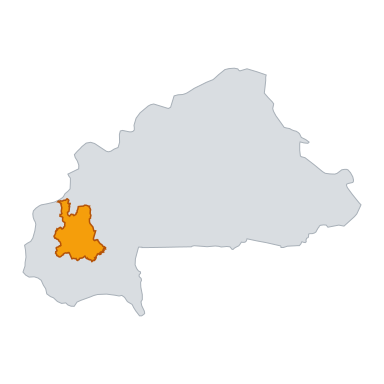 Houet, Houet, Burkina Faso shown in context
{"feature_id": "67063806B93880456931202", "entity_name": "Houet", "entity_type": "district", "adm_level": 2, "iso_a3": "BFA", "parent_name": "Burkina Faso", "parent_adm1": "Houet", "projection": "orthographic", "projection_center": [-4.215, 11.389], "detail": "fine", "context": "in_parent", "style": "filled", "palette": "amber", "viewbox_px": 384, "rotation_deg": 0, "n_neighbors": 0, "source": "geoboundaries", "source_scale": "gbopen_adm2", "svg_char_len": 8259}
<svg xmlns="http://www.w3.org/2000/svg" viewBox="0 0 384 384"><path d="M298.4,245.6L287.4,246.2L283.4,247.5L281.0,247.5L280.9,246.5L280.6,245.9L266.6,242.7L256.9,240.9L247.0,238.8L246.4,240.9L245.0,242.2L242.9,242.4L241.4,242.1L240.4,243.7L238.8,245.8L236.5,246.9L234.3,248.2L233.1,249.4L232.1,249.4L229.9,246.8L226.8,246.5L221.2,247.0L218.7,246.3L215.2,246.0L207.1,246.7L194.1,245.7L191.9,246.3L191.4,246.8L178.5,247.0L164.3,247.3L152.4,247.5L142.0,247.6L142.0,247.2L138.7,247.1L138.3,248.0L135.4,258.9L135.1,264.9L136.7,268.6L138.4,270.9L140.4,271.8L140.6,273.2L139.1,274.9L139.2,276.6L141.1,278.4L141.5,280.3L140.6,282.3L140.8,287.1L142.3,294.7L142.3,299.6L141.0,301.8L141.7,305.6L144.3,311.1L144.7,313.3L143.8,314.4L141.7,315.8L139.5,315.8L137.0,312.5L135.9,311.1L133.8,307.8L132.1,304.4L129.7,303.0L127.4,301.6L124.6,297.4L121.9,295.4L119.1,296.0L114.9,295.2L106.5,294.1L97.5,294.5L93.8,295.5L90.1,297.0L80.7,300.4L77.0,302.1L74.2,306.3L71.0,306.2L67.8,304.9L65.8,302.9L61.6,303.4L57.4,301.5L53.5,297.8L50.5,296.6L46.8,293.9L45.7,288.8L43.4,285.2L41.2,280.3L38.0,278.0L34.2,276.8L29.1,277.1L25.7,275.1L23.0,272.1L23.8,269.6L25.0,266.1L25.1,262.6L26.0,257.1L25.5,250.1L24.6,245.2L27.4,243.2L30.7,241.4L32.8,238.1L34.9,230.7L35.8,224.3L35.2,221.9L34.1,220.0L33.2,217.3L32.8,213.9L33.4,210.9L35.9,208.2L39.0,206.0L41.2,204.9L47.0,203.8L54.4,202.1L58.6,200.2L61.7,198.2L63.4,196.7L65.1,193.6L68.0,191.2L70.1,188.8L70.4,182.0L70.4,178.1L68.8,176.0L67.9,174.1L78.7,168.8L78.8,165.1L77.3,160.9L75.2,157.5L74.4,154.6L77.4,151.2L80.1,148.6L82.0,146.5L86.2,143.1L90.6,142.3L94.6,143.5L106.4,151.3L108.5,151.8L110.9,151.2L114.1,149.1L118.1,147.5L119.6,142.3L119.4,134.5L120.3,131.0L122.4,130.4L129.2,131.8L131.0,131.9L132.9,131.4L134.3,130.0L134.3,127.5L134.0,125.3L136.1,118.2L140.1,112.8L148.2,106.0L150.7,104.7L153.7,104.0L168.3,108.5L170.6,107.3L174.1,95.9L178.0,94.8L182.7,94.5L185.8,93.5L187.4,92.7L194.3,88.3L206.4,82.3L212.9,79.7L214.2,78.7L218.8,74.5L224.9,69.6L228.9,68.6L234.3,68.2L237.8,68.9L238.8,70.3L239.9,70.9L247.0,68.8L257.3,71.9L266.2,75.0L265.7,77.0L265.7,80.6L265.1,86.3L264.3,93.1L268.0,97.4L272.5,102.1L273.7,103.9L272.7,108.6L273.5,111.3L275.9,115.8L280.0,121.5L284.2,127.4L287.0,128.1L289.7,128.6L291.3,129.6L293.7,130.6L296.1,131.2L298.2,132.5L299.5,133.7L301.3,137.4L305.9,139.7L309.1,142.1L307.9,143.3L303.9,142.9L300.1,141.9L299.7,143.7L299.7,150.4L300.4,156.0L301.3,156.7L305.0,157.7L314.2,164.8L322.5,171.6L325.2,173.3L329.8,173.9L334.8,174.1L337.0,173.4L341.8,169.8L344.3,169.4L346.7,169.4L348.0,169.9L350.5,172.7L352.8,176.9L353.5,180.1L353.3,181.8L352.6,182.5L348.6,183.4L346.9,184.0L346.4,185.0L347.1,187.1L347.9,188.4L352.4,194.5L359.0,202.7L361.0,204.8L359.9,207.3L356.8,213.9L354.5,216.6L344.0,226.1L338.8,225.1L327.9,227.2L326.2,225.1L323.6,224.9L320.4,225.3L319.3,226.1L319.0,227.0L317.9,228.3L315.9,232.0L314.4,233.0L312.4,233.6L310.0,233.6L308.6,234.1L308.6,235.9L308.2,237.5L306.6,238.3L306.0,240.0L306.2,241.8L305.2,242.6L303.1,242.2L301.9,241.7L300.8,244.0L299.4,245.6L298.4,245.6Z" fill="#d9dde1" stroke="#a8b0b8" stroke-width="1"/><path d="M89.5,206.2L88.4,206.1L87.4,205.7L86.4,205.3L85.0,205.2L84.6,205.2L84.4,205.3L83.7,206.0L83.4,206.1L80.6,206.3L78.3,206.6L77.8,209.3L77.6,209.8L77.2,210.4L77.1,211.5L77.2,212.0L77.0,212.3L76.9,212.3L76.7,212.7L76.5,212.9L76.4,213.2L76.1,213.2L76.0,213.7L76.1,213.8L76.1,214.0L75.7,214.6L75.1,214.8L74.5,215.3L74.3,215.3L73.9,215.6L73.7,215.6L73.5,215.4L73.5,215.2L73.2,214.8L73.1,214.5L72.7,214.5L72.4,214.4L71.9,214.4L71.4,214.2L71.1,214.3L70.8,214.5L70.5,215.1L70.1,215.4L69.8,215.8L69.8,216.0L69.6,216.2L68.5,215.4L67.8,214.8L67.7,214.4L67.7,214.1L67.5,212.9L67.5,212.4L67.7,212.2L67.9,212.2L68.3,211.7L68.8,211.5L68.9,211.3L69.1,210.2L69.3,208.8L69.3,207.7L69.4,207.3L69.7,206.9L69.5,206.7L69.1,206.5L69.5,205.7L69.5,205.2L69.2,204.9L69.8,204.6L70.2,203.6L70.1,203.4L69.8,203.5L69.1,203.3L68.6,203.4L68.0,203.3L68.0,203.0L68.1,202.3L68.1,201.9L68.6,201.2L68.8,200.5L68.7,200.1L68.3,199.6L68.0,199.4L67.9,199.6L67.2,198.8L66.6,199.0L66.2,199.6L65.5,200.3L64.5,200.2L63.8,200.3L63.5,200.4L62.5,201.0L61.5,201.0L61.2,201.0L60.9,201.0L60.7,200.8L60.3,201.1L59.8,201.2L59.3,201.0L58.6,201.0L58.2,201.3L57.8,201.8L58.2,201.8L58.8,202.1L59.4,202.5L60.8,203.2L61.0,203.5L60.9,203.5L60.9,204.2L61.8,207.8L61.3,211.0L61.4,212.1L61.9,213.6L61.5,214.0L61.3,214.5L61.1,214.5L60.1,214.4L60.0,214.8L60.0,216.3L62.4,217.0L62.7,217.3L62.8,217.7L62.6,218.6L62.6,219.2L62.6,220.4L62.7,220.9L63.2,221.5L64.7,222.5L64.9,222.6L64.9,223.0L64.7,224.8L64.8,225.9L64.3,226.9L63.8,227.0L63.5,227.3L63.3,227.8L63.3,228.3L62.1,229.0L61.9,229.0L61.5,228.7L61.3,228.1L61.2,228.0L61.0,227.6L60.7,227.6L60.3,227.3L59.9,227.5L59.9,227.9L58.9,228.1L58.7,228.4L58.5,228.5L58.2,228.8L58.0,228.7L57.8,228.9L57.2,229.0L57.3,229.2L57.3,229.4L57.2,229.3L57.2,229.5L56.9,229.5L56.9,229.8L56.6,229.9L56.6,230.0L56.5,230.5L56.4,230.4L56.0,230.7L55.8,230.9L55.8,231.1L55.5,231.6L55.6,233.1L55.5,233.4L54.7,235.2L54.0,236.1L54.1,236.9L54.7,237.3L54.8,237.9L55.0,238.2L55.0,238.3L55.6,238.4L55.8,238.2L57.0,239.3L57.7,239.3L58.3,239.6L58.5,239.8L58.6,240.2L58.5,240.4L58.6,240.7L59.1,241.2L59.6,241.5L60.2,242.2L60.8,244.0L60.7,244.9L60.9,245.5L60.6,245.7L60.2,246.0L59.4,245.8L59.3,246.1L58.9,246.4L58.6,246.8L57.4,247.1L56.8,247.3L56.2,247.8L56.3,248.6L56.9,250.3L57.0,250.7L57.0,250.8L56.4,251.3L55.8,251.6L55.8,252.1L55.6,253.1L56.0,253.2L56.1,253.7L56.1,253.9L56.8,254.8L56.9,255.2L56.8,255.5L57.2,255.8L57.5,256.0L58.2,256.1L58.6,256.4L58.9,256.8L59.1,256.9L59.9,256.9L60.3,256.8L60.6,256.7L62.2,255.3L63.4,254.7L63.3,254.1L63.9,253.6L64.6,253.3L65.4,252.9L65.9,252.9L66.4,253.1L67.3,252.8L67.8,253.0L67.9,252.7L68.3,252.5L68.8,252.7L69.2,252.7L71.7,258.3L71.8,258.7L72.0,258.7L72.1,258.8L73.3,258.3L74.2,258.6L74.6,258.6L74.9,258.5L75.2,258.6L75.9,258.7L76.1,258.6L76.4,259.5L76.7,259.9L77.3,260.4L77.6,260.3L77.8,260.4L78.2,259.8L78.5,259.7L78.9,259.7L79.2,259.4L79.5,258.6L79.6,258.4L80.2,258.2L81.6,258.1L81.9,257.9L82.6,257.9L83.0,257.5L83.4,257.4L83.7,257.2L83.8,257.0L83.9,256.8L84.5,256.6L84.8,256.1L85.0,256.1L85.1,256.3L85.4,256.7L85.7,257.4L85.8,257.6L85.9,257.8L86.3,258.3L86.9,258.6L87.1,258.6L87.2,258.8L87.5,258.8L87.6,258.5L87.8,258.9L88.2,259.2L88.4,259.1L88.7,259.1L89.1,259.7L89.6,259.8L89.9,259.7L90.7,259.7L90.9,260.0L91.0,260.1L91.2,260.4L91.5,260.5L91.8,260.8L91.8,261.2L91.7,261.4L91.8,261.6L92.1,261.5L92.2,260.8L92.7,260.8L92.8,260.5L93.1,260.4L93.3,260.4L93.5,260.5L93.8,260.2L94.4,260.4L94.5,260.1L95.0,259.8L94.9,259.4L94.8,259.2L95.3,258.9L95.5,259.1L95.7,258.7L95.3,258.8L95.1,258.5L95.5,258.1L95.2,257.8L95.1,257.7L95.5,257.7L95.9,257.4L96.1,257.2L95.9,256.9L95.9,256.7L96.3,256.2L96.7,255.5L97.3,254.9L97.2,254.5L97.3,254.2L97.5,254.1L98.0,253.7L98.3,253.9L98.9,253.7L99.2,253.8L99.1,254.3L99.3,254.5L99.9,254.5L100.1,254.4L100.5,254.3L100.6,254.2L100.8,254.1L100.4,253.4L100.1,253.3L99.9,253.0L100.1,252.9L100.4,253.0L100.7,252.7L100.4,252.2L100.5,252.1L100.8,252.1L101.4,252.7L101.7,252.0L101.9,251.7L102.1,251.8L102.1,252.2L102.4,252.4L102.6,252.4L102.6,251.9L103.0,251.9L103.3,252.1L103.7,252.0L103.5,251.6L103.5,251.3L103.4,250.9L103.6,250.7L103.4,250.7L103.3,250.9L103.1,251.1L103.1,250.9L102.9,250.7L102.9,250.4L103.1,250.4L103.2,250.2L103.3,250.1L103.3,249.9L103.2,249.8L103.6,249.4L103.5,249.0L103.7,248.6L103.8,248.8L104.1,248.7L104.1,249.1L104.6,249.0L104.9,249.0L105.0,249.0L104.9,248.9L105.0,248.7L105.0,248.2L105.5,248.3L105.6,247.7L105.4,247.5L104.8,247.7L104.7,247.3L104.8,247.2L104.4,246.8L104.1,246.6L103.8,246.7L103.2,246.3L102.9,246.3L102.3,245.3L102.2,245.1L101.7,244.6L100.7,244.0L100.4,243.8L100.2,243.7L100.0,243.4L99.9,243.3L99.8,243.2L99.3,242.7L99.2,242.4L98.9,242.1L98.7,241.5L98.5,241.4L98.1,240.8L98.0,240.6L97.8,240.6L97.8,240.3L97.6,240.2L97.6,239.9L97.2,240.0L97.1,239.9L97.0,239.6L96.9,239.6L96.8,239.8L96.6,239.8L96.3,240.0L95.9,240.0L95.7,240.2L95.4,240.1L95.3,240.4L94.7,240.6L94.0,240.3L93.8,239.7L93.4,239.3L93.5,238.2L95.6,230.9L93.8,230.9L92.9,227.0L90.0,223.5L89.5,222.0L89.4,218.9L90.5,218.1L90.4,216.9L90.9,215.8L90.6,214.5L90.3,214.1L90.1,213.0L90.2,212.9L90.3,210.4L90.4,210.2L90.6,210.0L90.6,209.9L90.3,209.0L90.3,208.8L90.0,208.5L89.7,207.6L89.2,207.1L89.2,206.8L89.5,206.2Z" fill="#f59e0b" stroke="#b45309" stroke-width="1.5"/></svg>